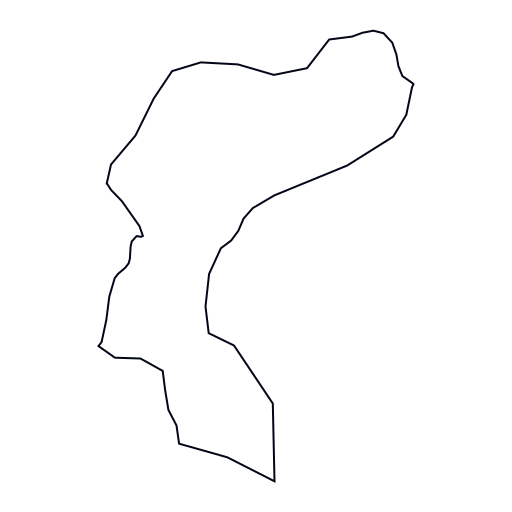 the District of Qax
{"feature_id": "AZE-1726", "entity_name": "Qax", "entity_type": "District", "adm_level": 1, "iso_a3": "AZE", "parent_name": "Azerbaijan", "parent_adm1": "", "projection": "robinson", "projection_center": [46.846, 41.24], "detail": "fine", "context": "isolated", "style": "outline", "palette": "ink", "viewbox_px": 512, "rotation_deg": 0, "n_neighbors": 0, "source": "natural_earth", "source_scale": "10m", "svg_char_len": 875}
<svg xmlns="http://www.w3.org/2000/svg" viewBox="0 0 512 512"><path d="M373.4,30.7L383.5,33.2L392.3,42.7L396.4,54.5L398.4,66.1L402.4,76.1L412.3,83.0L413.5,84.2L412.0,87.3L406.3,114.8L393.2,136.6L347.2,165.5L297.2,186.0L274.5,195.3L252.9,208.0L243.6,218.5L238.3,230.9L231.1,240.6L220.9,248.2L209.1,273.9L205.5,306.5L208.7,333.2L234.0,345.5L272.8,403.5L274.5,481.3L227.3,457.3L179.1,443.7L176.5,425.5L168.4,409.9L165.1,389.9L162.7,370.9L140.4,358.5L114.9,357.7L98.5,346.1L101.6,342.0L106.3,320.1L109.3,296.6L114.7,278.2L118.0,273.9L125.4,267.6L128.7,263.2L129.9,258.7L130.6,246.7L131.7,241.5L136.6,236.1L141.2,236.8L142.9,235.9L139.4,226.0L121.9,201.2L111.1,190.0L107.3,184.1L106.7,183.7L111.0,164.5L135.5,135.5L153.7,98.6L172.1,71.1L200.8,62.4L237.9,64.4L273.9,74.9L307.0,68.2L329.2,39.5L352.0,36.6L362.7,32.7L373.4,30.7Z" fill="none" stroke="#020617" stroke-width="2"/></svg>